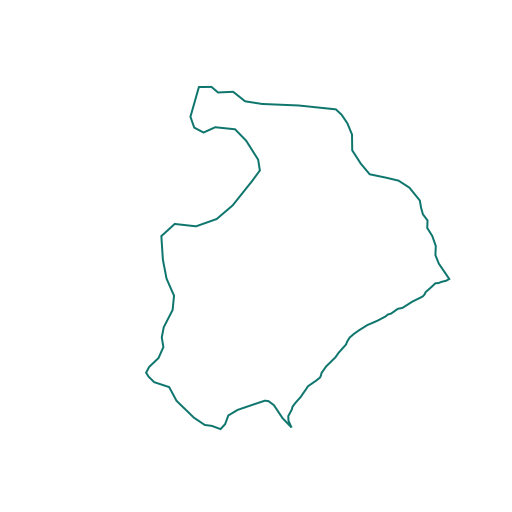 Mayo-Kani, Extrême-Nord, Cameroon (Natural Earth projection), rotated 313°
{"feature_id": "32672807B89855431664933", "entity_name": "Mayo-Kani", "entity_type": "district", "adm_level": 2, "iso_a3": "CMR", "parent_name": "Cameroon", "parent_adm1": "Extrême-Nord", "projection": "natural_earth1", "projection_center": [14.491, 10.306], "detail": "fine", "context": "isolated", "style": "outline", "palette": "teal", "viewbox_px": 512, "rotation_deg": 313, "n_neighbors": 0, "source": "geoboundaries", "source_scale": "gbopen_adm2", "svg_char_len": 1610}
<svg xmlns="http://www.w3.org/2000/svg" viewBox="0 0 512 512"><g transform="rotate(313 256 256)"><path d="M97.5,333.8L101.6,339.5L105.2,348.1L112.0,348.1L120.5,344.5L130.9,347.5L146.4,355.8L156.3,361.2L158.4,364.2L159.1,370.9L155.5,386.0L154.8,398.9L154.7,399.1L157.6,392.2L160.9,388.8L168.1,386.9L170.0,385.9L170.7,385.5L175.5,385.0L183.8,384.8L186.1,384.4L189.4,383.9L193.2,383.4L195.0,383.0L196.5,382.9L203.3,384.4L205.4,384.9L210.7,385.7L212.9,385.0L213.9,384.4L215.2,383.7L223.1,382.6L232.0,383.0L235.9,383.2L241.8,382.4L252.7,382.2L255.6,381.0L260.3,380.1L262.6,380.4L265.7,380.7L271.9,382.0L280.9,384.4L281.8,384.7L291.6,389.0L300.0,391.9L303.3,392.4L305.8,394.0L309.0,394.7L314.0,395.7L317.9,398.5L329.1,401.4L340.0,405.5L343.0,405.5L345.2,404.7L348.2,405.0L354.9,405.6L358.4,405.8L360.6,407.9L363.6,409.3L367.7,412.0L371.0,413.0L375.1,394.9L379.0,386.6L385.9,380.7L390.8,371.4L393.3,362.1L399.0,357.2L400.3,349.7L403.8,343.9L408.3,338.0L410.6,321.6L408.3,308.8L402.1,297.9L393.3,283.4L395.0,269.7L398.9,254.3L410.3,243.4L415.3,232.5L417.7,222.3L417.7,218.4L417.7,214.4L394.9,184.2L386.8,174.8L371.3,156.7L361.7,142.5L360.5,127.3L349.7,116.7L349.3,108.1L340.6,99.0L334.2,102.3L313.1,113.1L307.8,123.2L310.5,133.4L322.4,138.4L334.4,154.3L333.6,170.2L327.9,191.9L321.2,200.5L308.4,202.0L277.0,204.4L256.2,202.0L236.8,191.9L224.0,174.7L206.0,173.2L189.9,190.3L178.5,205.9L173.3,217.9L171.1,223.1L159.7,231.8L141.0,237.1L132.2,242.6L126.2,250.4L114.8,254.3L102.1,253.5L95.7,255.2L94.5,259.8L94.3,267.6L100.9,281.9L95.9,296.6L95.4,320.9L97.5,333.8Z" fill="none" stroke="#0f766e" stroke-width="2"/></g></svg>